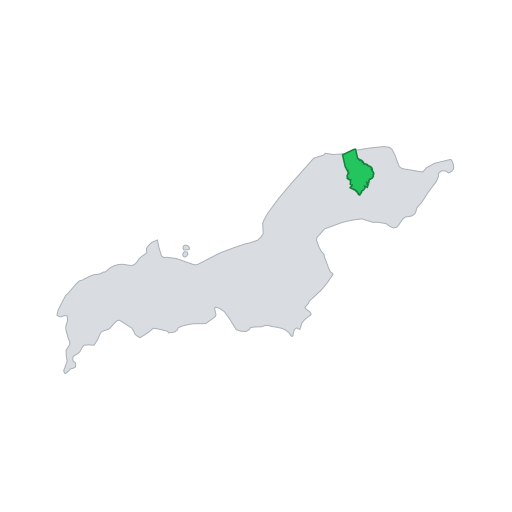 Zomba, Zomba, Malawi (highlighted), rotated 258°
{"feature_id": "42251766B13881881574545", "entity_name": "Zomba", "entity_type": "district", "adm_level": 2, "iso_a3": "MWI", "parent_name": "Malawi", "parent_adm1": "Zomba", "projection": "albers", "projection_center": [35.302, -15.438], "detail": "fine", "context": "in_parent", "style": "filled", "palette": "green", "viewbox_px": 512, "rotation_deg": 258, "n_neighbors": 0, "source": "geoboundaries", "source_scale": "gbopen_adm2", "svg_char_len": 7337}
<svg xmlns="http://www.w3.org/2000/svg" viewBox="0 0 512 512"><g transform="rotate(258 256 256)"><path d="M198.6,297.2L195.7,293.2L193.3,294.2L190.1,297.1L188.3,297.8L187.4,297.8L186.8,297.1L186.1,295.3L183.5,290.2L180.6,286.6L177.6,285.2L175.1,283.6L176.2,281.9L177.3,280.7L176.8,279.5L175.4,277.8L170.1,275.3L169.9,274.2L174.6,272.0L177.6,269.3L179.6,266.8L182.1,261.3L184.1,255.8L185.6,254.0L186.1,250.3L185.7,246.2L186.7,241.0L187.2,236.1L185.6,234.2L184.2,230.9L185.7,225.2L188.2,221.3L200.0,217.1L208.3,213.4L210.1,211.7L212.9,208.6L214.4,205.5L213.3,204.6L206.7,204.6L205.1,203.4L200.3,192.7L202.8,180.4L203.0,175.6L202.9,169.6L202.0,165.2L199.9,163.4L198.6,161.0L198.9,154.6L200.8,153.8L204.9,145.3L206.7,140.3L204.4,136.3L201.9,130.6L200.8,127.0L200.1,125.9L201.8,123.6L204.6,121.4L207.8,120.8L211.1,119.7L221.6,109.1L221.7,107.0L219.7,103.5L215.8,98.2L214.9,96.0L214.3,89.6L212.8,87.7L206.9,83.5L202.4,79.0L203.8,74.4L204.5,69.3L202.3,66.6L198.9,63.8L196.9,59.6L195.9,56.5L193.3,55.3L190.9,55.3L189.2,57.2L187.3,57.1L185.0,56.4L184.2,53.7L184.1,50.8L182.5,48.9L181.0,46.1L180.8,44.7L181.7,44.3L183.7,44.0L192.3,49.4L197.5,49.6L203.2,50.6L208.2,55.4L210.7,56.0L214.0,55.3L223.2,54.7L227.0,55.4L231.8,58.2L233.7,58.6L236.7,58.7L237.2,57.9L237.5,56.2L237.0,52.8L237.6,51.0L239.4,49.0L244.5,51.3L257.2,61.8L257.6,63.2L265.7,73.7L268.4,78.1L268.4,80.5L270.9,89.7L271.4,94.0L270.9,97.3L271.0,99.9L272.0,103.6L271.7,105.2L274.6,110.7L276.0,115.3L276.3,119.9L275.5,124.3L273.0,130.7L272.5,133.3L273.1,135.6L274.7,138.2L277.5,141.0L279.5,144.3L280.9,148.2L282.1,149.9L283.6,149.9L286.3,150.5L288.4,152.8L290.9,156.6L291.8,161.0L292.2,162.9L285.0,162.8L276.0,163.5L273.8,165.2L273.1,169.1L270.3,177.0L268.8,179.9L265.4,185.2L260.8,192.7L259.8,195.2L260.0,197.7L262.8,207.9L265.7,218.5L266.7,222.7L268.8,236.9L270.0,247.0L270.1,252.9L271.1,260.8L273.7,265.1L276.4,267.7L286.5,269.3L289.5,271.3L295.3,276.3L307.7,290.2L314.6,299.1L320.6,306.9L331.3,321.5L339.7,332.8L340.7,343.4L342.1,345.0L339.2,352.8L337.4,365.5L338.7,373.9L338.1,388.3L336.5,403.6L334.6,409.1L332.2,411.1L326.4,412.8L313.6,414.7L311.7,416.5L310.1,419.4L307.5,426.5L304.5,433.6L303.6,436.6L304.1,437.4L306.9,441.0L309.6,450.3L310.0,466.1L309.1,467.3L305.4,468.0L301.3,467.8L299.7,466.9L298.2,465.1L297.1,461.8L299.7,459.4L300.7,455.2L299.0,451.7L295.6,450.9L291.2,447.7L282.0,437.1L274.3,429.6L269.8,423.5L265.2,421.0L263.9,419.5L262.8,416.9L262.8,413.1L263.2,410.4L261.7,407.3L257.1,402.5L254.9,399.8L254.8,396.6L256.7,393.5L260.7,389.8L263.7,382.1L264.7,377.2L270.3,367.3L271.0,358.7L271.1,351.8L270.8,346.7L269.3,336.1L268.3,328.8L261.3,319.3L259.0,318.5L252.4,319.3L246.7,320.8L244.0,322.8L239.7,322.9L228.6,324.6L225.2,325.4L223.2,327.1L222.0,327.5L215.0,320.2L208.8,312.3L200.8,298.8L198.6,297.2ZM279.3,192.1L277.4,192.6L276.2,191.6L276.5,188.7L277.1,186.6L279.0,186.2L280.3,186.8L281.2,187.8L281.3,189.3L280.7,190.9L279.3,192.1ZM275.1,186.8L274.0,189.7L271.8,189.7L269.7,187.1L270.4,185.1L272.4,184.5L274.1,185.3L275.1,186.8Z" fill="#d9dde1" stroke="#a8b0b8" stroke-width="1"/><path d="M296.9,368.4L296.6,368.8L296.4,368.9L296.2,368.9L295.9,368.7L295.7,368.7L295.6,368.9L295.6,369.0L295.3,368.9L295.2,369.0L294.8,369.4L294.5,369.5L294.3,369.6L294.2,369.8L294.1,370.1L294.4,370.1L294.7,370.2L294.9,370.3L294.9,370.8L295.2,371.1L295.3,371.3L295.4,371.6L295.5,371.6L295.7,371.8L295.9,372.0L296.0,372.2L296.1,372.3L296.3,372.3L296.5,372.5L296.8,372.6L297.1,372.6L297.3,372.6L297.5,372.8L297.7,373.2L297.7,373.5L297.8,373.8L297.8,374.0L298.4,375.2L299.3,376.2L299.8,376.7L300.0,376.8L300.3,376.8L300.8,376.7L301.2,376.8L301.7,376.8L301.4,377.1L301.2,377.5L301.0,377.8L300.8,378.1L300.0,379.2L301.4,379.8L301.4,380.0L301.5,380.1L301.8,380.0L302.0,379.9L302.5,379.7L302.9,379.9L302.8,380.2L302.7,380.4L302.8,380.6L303.0,380.9L303.3,380.3L303.5,379.8L303.8,379.9L304.7,379.6L304.8,379.6L304.6,379.8L304.6,380.0L304.4,380.4L304.5,380.6L304.7,380.9L304.6,381.2L304.6,381.3L304.6,381.5L304.7,381.8L304.8,381.8L305.1,382.0L305.8,382.2L306.0,382.2L306.3,382.1L306.5,382.1L306.7,382.3L306.9,382.5L306.9,382.8L307.1,383.0L307.2,383.3L307.2,383.6L307.3,383.7L307.5,383.7L307.4,383.9L307.5,384.0L307.6,384.6L307.6,384.8L307.8,385.1L307.7,385.1L307.8,385.1L308.0,385.3L308.0,385.7L308.0,385.9L308.3,386.1L308.6,386.3L308.8,386.4L308.8,386.7L308.9,386.8L309.0,386.8L309.1,387.0L309.3,387.1L309.6,387.4L309.8,387.4L310.0,387.4L310.7,387.6L311.0,387.6L311.2,387.8L311.4,387.8L311.5,387.8L311.6,388.0L311.9,388.1L312.0,388.2L312.0,388.3L312.4,388.3L312.6,388.3L312.8,388.3L313.0,388.2L313.2,388.3L313.5,388.1L313.9,388.0L314.0,388.1L314.5,387.8L314.7,387.7L314.9,387.6L315.0,387.5L314.9,387.5L315.1,387.3L315.2,387.2L315.3,387.2L315.5,387.2L315.8,387.4L316.0,387.3L315.9,387.5L316.2,387.7L316.3,387.8L316.6,387.8L316.9,387.8L317.0,387.7L317.4,387.5L317.5,387.6L317.8,387.5L318.1,387.5L318.4,387.5L318.4,387.3L318.6,387.1L318.7,386.9L318.8,386.9L319.0,386.9L319.7,386.7L319.9,386.2L320.0,385.8L320.1,385.6L320.3,385.5L320.3,385.3L320.5,385.3L320.5,385.2L320.6,384.9L320.7,384.7L321.1,384.3L321.3,384.2L321.8,384.1L321.8,383.8L322.1,383.9L322.1,383.7L322.4,383.6L322.5,383.5L322.9,383.0L323.0,382.7L323.2,382.4L323.0,382.1L323.0,381.8L323.2,381.6L323.3,381.3L323.4,381.0L323.7,381.3L324.1,380.9L324.2,380.7L324.3,380.6L324.6,380.6L324.8,380.7L325.3,380.4L325.4,380.5L325.6,380.5L325.7,380.3L325.5,380.2L325.4,380.2L325.5,380.0L325.5,379.9L325.6,380.0L325.9,380.0L326.0,379.8L326.4,379.9L326.5,379.7L326.9,379.6L327.0,379.6L327.1,379.3L327.2,379.2L327.3,379.0L327.3,378.9L327.5,378.7L327.5,378.8L327.7,378.7L327.8,378.6L327.9,378.3L328.0,378.2L328.0,377.9L328.1,378.0L328.1,377.9L328.2,377.7L328.3,377.6L328.3,377.3L328.5,377.3L328.6,377.2L328.9,377.1L329.0,377.2L329.2,376.9L329.3,376.8L329.5,376.7L329.9,376.4L329.8,376.2L330.0,376.1L330.0,375.9L330.2,375.7L339.8,375.6L339.9,373.8L338.2,366.7L336.9,361.7L324.9,361.8L322.4,362.6L322.1,362.5L321.9,362.5L321.4,362.8L321.2,362.9L320.9,363.2L320.7,363.3L320.6,363.2L320.4,363.2L320.4,363.3L320.5,363.5L320.0,363.4L319.8,363.3L319.7,363.3L319.6,363.5L319.3,363.6L319.1,363.7L318.9,363.6L318.4,363.8L318.3,363.7L318.2,363.5L317.6,363.7L317.3,363.5L317.4,363.3L317.1,362.9L316.9,362.7L316.6,362.6L316.3,362.3L316.0,362.1L315.7,362.0L315.4,361.7L314.7,361.8L314.5,361.7L314.3,361.6L314.1,361.6L313.9,361.7L313.8,362.0L313.5,362.0L313.4,362.0L313.1,361.5L312.9,361.8L312.6,362.2L312.4,362.0L312.2,362.1L311.8,362.2L311.7,362.3L311.6,362.8L311.3,363.1L311.2,363.2L310.9,364.1L310.9,364.6L310.7,364.6L310.2,364.0L310.1,363.9L309.6,363.8L309.1,363.9L308.9,363.9L307.6,363.4L307.0,363.2L306.6,363.1L306.4,363.2L306.2,363.4L306.0,363.6L305.9,363.7L305.7,364.0L305.6,364.4L305.5,364.6L305.5,364.8L305.4,364.8L305.2,364.8L305.1,364.6L305.0,364.3L304.8,364.2L304.4,364.0L304.2,364.0L304.1,363.8L304.0,363.3L303.9,363.2L303.8,362.8L303.7,362.6L303.2,362.2L303.0,362.4L302.9,362.7L302.8,363.1L302.7,363.3L302.1,363.8L302.0,363.7L301.9,363.9L301.9,364.0L301.7,364.2L301.2,365.0L300.7,365.2L300.6,365.3L300.6,365.5L300.3,365.8L300.4,366.0L300.7,366.0L300.5,366.3L300.2,366.4L299.9,367.0L299.7,367.1L299.4,367.0L299.2,367.2L298.9,367.3L298.9,367.6L298.7,367.8L298.5,367.7L298.6,367.4L298.4,367.4L298.2,367.6L298.1,367.9L298.0,368.2L297.9,368.4L297.7,368.5L297.4,368.3L297.1,368.3L296.9,368.4Z" fill="#22c55e" stroke="#15803d" stroke-width="1.5"/></g></svg>